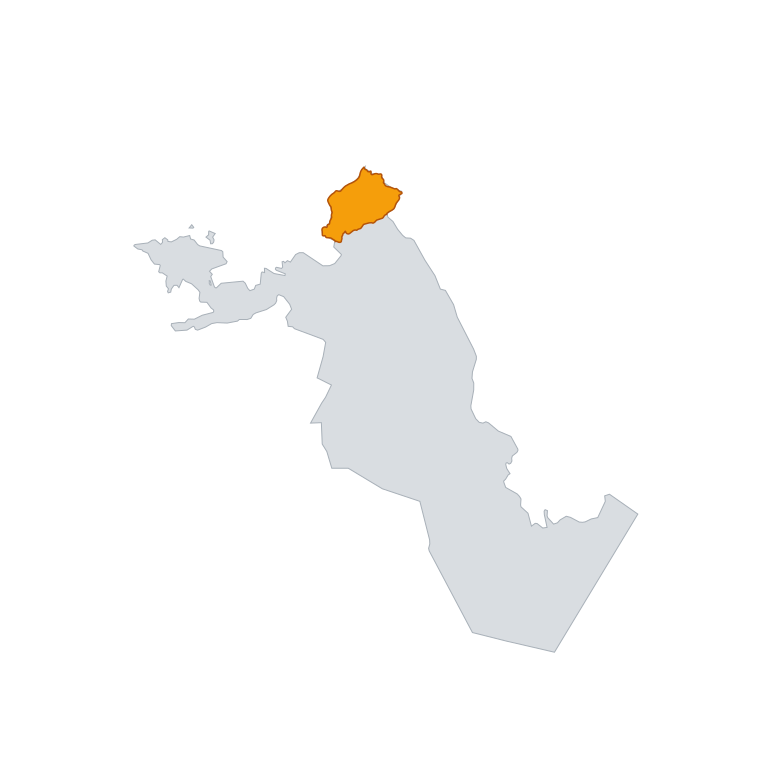 location of Surkhandarya within Uzbekistan, rotated 204°
{"feature_id": "UZB-362", "entity_name": "Surkhandarya", "entity_type": "Region", "adm_level": 1, "iso_a3": "UZB", "parent_name": "Uzbekistan", "parent_adm1": "", "projection": "albers", "projection_center": [67.527, 38.094], "detail": "fine", "context": "in_parent", "style": "filled", "palette": "amber", "viewbox_px": 768, "rotation_deg": 204, "n_neighbors": 0, "source": "natural_earth", "source_scale": "10m", "svg_char_len": 6655}
<svg xmlns="http://www.w3.org/2000/svg" viewBox="0 0 768 768"><g transform="rotate(204 384 384)"><path d="M585.9,353.1L596.2,347.6L602.1,350.8L602.7,352.7L596.4,356.7L590.8,359.0L589.2,363.8L583.6,366.1L578.0,372.9L569.2,379.9L569.1,381.3L569.9,382.4L572.9,383.1L579.0,386.6L584.7,384.3L586.1,384.8L587.7,386.9L589.5,392.9L592.2,394.5L600.6,397.3L606.8,397.1L610.0,398.2L610.5,397.7L610.5,388.6L613.2,390.0L616.0,388.7L616.9,384.2L616.2,381.2L618.2,379.5L619.4,380.6L619.6,383.3L622.7,384.9L625.1,389.3L626.0,394.4L631.8,395.4L633.9,394.4L635.5,394.9L636.6,401.3L637.5,401.8L642.5,400.2L647.3,402.7L652.7,407.4L658.5,407.4L659.7,408.2L663.8,407.2L668.6,408.3L668.8,409.0L668.1,410.2L657.1,416.8L654.2,421.1L651.7,422.6L644.8,420.7L643.9,423.3L645.2,425.7L643.7,428.5L640.2,427.7L639.4,426.4L636.1,427.3L632.3,431.8L630.5,435.5L626.9,436.7L621.9,440.6L619.7,437.8L616.0,438.3L611.0,435.6L608.6,435.2L586.8,439.8L585.1,439.3L582.6,434.5L577.1,432.0L577.2,429.6L588.1,419.1L589.3,416.0L585.5,414.4L586.0,411.7L578.5,403.8L577.2,403.3L576.2,403.7L573.7,409.8L554.6,420.6L551.8,419.7L547.3,415.9L544.5,414.7L541.1,417.9L541.3,421.9L537.7,424.9L541.2,435.4L540.9,436.8L538.4,437.2L540.3,441.1L538.8,441.6L529.4,440.2L518.6,442.8L519.0,444.5L528.7,444.1L530.0,444.8L530.2,446.1L529.7,446.9L524.6,447.9L524.1,449.5L526.8,454.2L525.6,455.2L523.8,454.4L522.4,457.4L519.1,457.3L517.4,466.3L514.8,469.5L511.1,471.1L487.9,467.1L481.9,469.9L478.0,474.0L475.4,483.8L475.6,485.0L485.6,488.7L487.2,494.8L499.2,495.2L501.2,496.1L502.2,497.6L502.8,499.3L499.4,509.1L500.8,517.7L502.8,521.7L510.0,529.2L509.7,533.4L508.1,537.1L506.1,540.3L503.9,541.7L500.9,545.8L498.3,550.9L493.2,557.5L491.5,561.2L490.9,571.9L489.6,575.1L489.4,573.9L487.5,572.7L482.1,572.3L481.1,571.0L474.1,573.5L469.8,572.3L465.4,567.9L456.9,566.3L446.2,567.2L445.9,556.1L446.5,547.9L450.2,541.5L450.1,540.3L448.3,538.0L441.9,536.1L434.5,530.9L427.5,527.4L423.6,526.3L419.1,528.0L415.1,527.4L396.9,513.7L381.5,503.7L371.1,493.6L366.0,494.5L352.7,484.8L344.3,474.9L316.3,452.3L310.9,446.9L309.7,444.1L308.1,431.0L305.9,424.9L302.4,421.4L299.6,415.0L295.8,399.4L294.3,396.6L286.1,389.6L281.4,387.7L277.7,388.5L275.6,390.9L272.7,391.0L260.4,387.5L246.7,387.7L235.2,378.9L234.6,377.6L234.8,375.5L237.5,370.5L237.2,368.2L235.8,365.6L236.0,363.1L237.2,361.7L239.4,362.3L240.3,361.5L240.1,360.1L237.5,356.7L232.4,353.3L233.6,351.4L234.2,346.5L235.2,344.0L234.6,343.0L230.8,339.0L217.5,337.7L214.5,336.4L212.1,334.7L210.0,329.0L208.9,327.5L199.9,324.5L191.5,314.1L189.2,318.2L187.4,318.8L180.4,317.0L176.7,319.3L184.4,329.9L186.0,333.0L185.7,334.7L183.2,334.8L181.4,329.9L180.1,328.5L172.1,325.0L169.1,327.7L167.9,331.4L163.7,337.3L159.4,338.0L149.5,337.3L146.4,338.4L144.1,339.9L139.8,345.0L134.4,348.9L134.1,366.8L136.9,371.6L133.2,375.0L99.2,368.4L119.2,208.3L167.7,198.9L202.1,192.9L274.8,249.9L276.4,252.0L277.1,256.5L278.9,260.1L303.5,291.4L342.9,287.6L382.4,292.5L397.4,285.8L408.8,299.1L416.0,304.0L425.5,323.2L435.2,318.4L433.2,341.1L432.0,348.1L431.6,361.7L447.6,362.4L450.8,384.4L454.2,398.3L457.7,400.0L488.3,398.1L490.7,399.1L495.0,397.7L497.8,402.1L500.9,405.0L498.8,414.7L502.6,418.5L511.2,423.0L516.5,422.8L517.4,421.1L517.1,418.9L515.9,416.5L515.9,413.7L516.7,411.6L521.7,404.2L529.9,396.9L531.8,394.3L532.4,389.8L535.3,387.2L542.4,384.1L543.4,381.9L552.0,375.9L561.6,372.1L566.0,369.1L570.2,363.4L576.2,357.4L578.6,357.2L580.4,359.0L581.8,359.1L585.9,353.1ZM585.7,407.4L584.4,404.6L582.9,403.6L582.1,404.1L584.7,407.5L585.7,407.4ZM606.0,452.7L599.4,452.8L600.3,448.5L597.9,446.6L597.3,444.4L597.8,442.4L599.4,441.6L601.4,444.6L606.4,445.8L604.9,448.9L606.2,452.1L606.0,452.7ZM625.5,447.3L624.4,451.3L621.5,449.7L621.9,448.7L625.5,447.3Z" fill="#d9dde1" stroke="#a8b0b8" stroke-width="1"/><path d="M486.4,494.4L487.0,495.0L491.4,495.7L492.3,495.7L494.9,494.8L495.4,494.5L495.9,494.4L496.4,494.4L497.0,494.6L497.2,494.8L497.8,495.3L498.3,495.4L498.9,495.2L499.5,494.7L500.0,494.6L500.3,494.7L500.6,494.7L501.1,495.4L502.3,497.9L502.9,498.9L503.3,499.4L503.6,500.3L503.6,501.3L503.3,502.0L502.9,502.6L502.4,503.1L501.8,503.4L501.0,503.6L500.4,503.6L500.0,503.8L499.9,504.8L500.0,505.2L500.2,505.6L500.3,506.0L500.3,506.5L500.1,506.8L499.3,507.4L499.0,508.1L499.1,508.9L499.6,510.5L499.6,511.4L499.5,514.0L499.6,514.9L499.9,515.5L500.7,516.8L500.9,517.5L501.0,518.9L501.1,519.5L501.5,520.1L502.8,521.4L504.1,523.8L504.7,524.4L506.5,525.4L509.3,527.8L510.2,529.1L510.3,530.8L509.8,533.4L508.9,535.9L507.6,537.9L507.2,538.8L506.9,539.6L506.8,540.2L506.5,540.8L506.2,541.1L505.4,541.4L503.8,541.6L502.7,542.0L502.1,542.6L500.7,547.1L499.7,549.2L497.1,552.7L495.3,554.5L493.5,556.8L492.0,559.4L491.0,562.2L490.9,564.0L491.6,567.5L491.7,569.3L491.5,570.9L491.1,572.4L490.5,573.8L490.3,574.4L490.2,573.6L489.8,573.0L489.1,572.6L488.4,572.4L487.1,572.5L486.7,572.4L486.3,572.2L485.5,571.7L485.1,571.5L484.7,571.6L484.1,571.8L483.7,571.8L483.5,572.0L483.3,572.5L483.0,572.9L482.6,573.0L482.1,572.5L481.4,570.7L480.6,570.3L479.9,570.5L479.2,571.0L478.1,572.2L477.4,572.7L476.6,573.1L475.9,573.3L475.0,573.3L474.1,573.5L472.8,574.4L472.0,574.6L471.2,574.2L470.8,573.6L470.6,572.7L470.2,572.0L469.5,571.3L468.0,570.7L467.3,570.3L466.9,569.6L466.4,567.7L465.9,567.3L465.2,567.1L463.8,566.0L463.2,565.7L461.5,565.7L458.2,566.4L453.7,566.6L453.3,566.7L452.6,567.3L452.2,567.5L451.3,567.4L450.8,567.3L448.5,566.3L447.7,566.2L446.8,566.3L446.1,566.5L445.2,565.8L445.3,565.0L445.9,564.3L446.5,563.6L447.1,562.7L447.0,562.0L446.4,561.4L445.7,560.8L445.3,559.5L445.4,557.9L446.2,555.0L446.4,553.2L446.1,549.8L446.3,548.0L447.5,545.9L449.5,543.4L450.8,540.9L450.5,540.0L451.5,539.3L452.0,538.2L452.2,537.6L452.4,535.9L452.7,535.2L452.9,534.8L457.2,530.9L457.5,530.4L457.7,529.9L457.9,529.3L458.0,528.8L458.4,528.0L458.9,527.1L459.3,526.7L459.5,526.5L460.8,526.3L461.2,526.2L463.2,525.1L467.0,522.0L467.5,521.5L467.6,521.3L467.8,520.2L468.2,518.0L468.4,517.2L468.6,516.7L468.8,516.4L470.1,515.3L470.8,514.6L471.1,514.0L471.4,513.4L472.8,513.0L473.3,512.8L473.6,512.5L474.3,511.9L474.6,511.4L476.7,507.4L476.9,507.2L477.1,507.0L477.4,506.7L477.9,506.5L478.3,506.4L478.8,506.3L479.4,506.4L479.9,506.6L480.1,506.7L480.3,506.8L481.1,507.6L481.5,507.7L481.7,507.3L481.7,506.6L481.7,506.2L481.9,505.9L482.3,505.3L482.4,505.0L482.5,504.7L482.5,504.4L482.5,504.2L482.4,503.7L482.3,503.3L482.3,503.0L482.3,502.8L482.3,502.6L482.3,502.3L482.4,502.1L482.4,501.8L482.4,501.5L482.4,501.3L482.3,501.1L481.5,499.6L481.3,498.0L481.0,497.0L481.0,496.6L481.1,496.3L481.3,496.0L481.6,495.7L481.8,495.5L482.0,495.4L482.4,495.3L482.8,495.1L485.3,495.0L485.9,494.8L486.4,494.4Z" fill="#f59e0b" stroke="#b45309" stroke-width="1.5"/></g></svg>